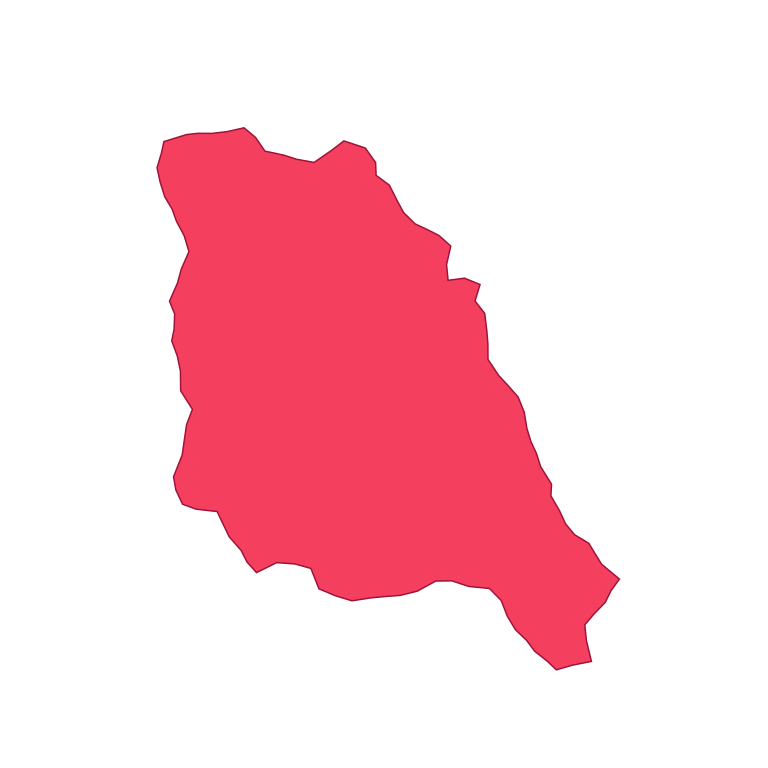 the district of Cuité de Mamanguape, Paraíba, Brazil, rotated 18°
{"feature_id": "56859067B92681913513014", "entity_name": "Cuité de Mamanguape", "entity_type": "district", "adm_level": 2, "iso_a3": "BRA", "parent_name": "Brazil", "parent_adm1": "Paraíba", "projection": "albers", "projection_center": [-35.248, -6.901], "detail": "fine", "context": "isolated", "style": "filled", "palette": "rose", "viewbox_px": 768, "rotation_deg": 18, "n_neighbors": 0, "source": "geoboundaries", "source_scale": "gbopen_adm2", "svg_char_len": 1465}
<svg xmlns="http://www.w3.org/2000/svg" viewBox="0 0 768 768"><g transform="rotate(18 384 384)"><path d="M321.0,602.8L337.1,587.1L354.6,582.7L371.5,582.0L385.4,598.9L402.9,600.4L420.5,600.1L437.3,591.6L450.9,585.7L464.8,580.0L479.7,570.7L494.1,555.4L509.2,550.3L527.3,550.3L547.5,545.9L562.4,553.7L573.1,566.8L585.0,577.1L598.7,583.7L609.9,591.6L625.0,597.2L636.2,602.6L649.9,593.3L667.0,583.7L655.8,565.5L649.4,551.0L654.5,538.5L661.9,523.3L663.8,510.3L668.2,496.8L646.7,488.2L636.8,479.8L628.0,472.2L611.9,468.5L599.9,460.9L589.9,450.1L577.3,438.8L574.3,427.5L558.5,414.2L550.4,402.9L541.7,393.6L533.6,382.0L526.1,367.5L515.6,355.0L502.9,347.4L490.5,340.5L475.3,328.5L470.5,314.0L465.3,301.5L458.0,285.8L444.9,276.9L444.6,259.7L427.8,258.5L412.9,265.6L406.6,251.1L404.9,232.2L390.5,225.8L378.3,223.9L364.1,222.1L349.8,215.0L340.7,206.4L327.6,193.2L312.0,188.0L307.6,176.0L293.4,165.4L270.7,165.2L262.0,177.9L249.0,194.9L231.2,197.3L218.3,197.3L198.8,199.3L185.6,189.2L171.7,183.6L156.9,192.4L143.0,198.8L129.8,203.0L119.3,207.7L99.8,221.4L101.0,233.9L101.3,248.4L108.6,261.0L117.6,273.7L128.6,283.3L136.1,293.1L148.1,304.7L157.6,318.4L155.7,337.3L156.4,351.8L154.4,371.5L163.2,382.0L167.4,396.5L168.8,408.6L178.8,421.3L186.4,434.6L192.7,453.3L209.6,467.3L208.8,483.7L210.8,495.5L214.0,513.9L212.5,537.3L218.8,549.1L229.6,560.6L243.9,561.1L264.7,556.9L283.9,577.1L299.5,586.4L308.8,595.7L321.0,602.8Z" fill="#f43f5e" stroke="#9f1239" stroke-width="1.5"/></g></svg>